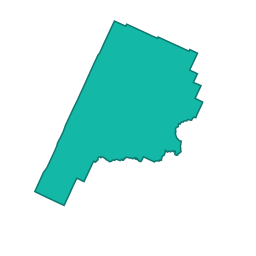 the district of Park, Wyoming, United States of America, rotated 295°
{"feature_id": "52423323B43974987892868", "entity_name": "Park", "entity_type": "district", "adm_level": 2, "iso_a3": "USA", "parent_name": "United States of America", "parent_adm1": "Wyoming", "projection": "robinson", "projection_center": [-110.026, 44.405], "detail": "fine", "context": "isolated", "style": "filled", "palette": "teal", "viewbox_px": 256, "rotation_deg": 295, "n_neighbors": 0, "source": "geoboundaries", "source_scale": "gbopen_adm2", "svg_char_len": 3991}
<svg xmlns="http://www.w3.org/2000/svg" viewBox="0 0 256 256"><g transform="rotate(295 128 128)"><path d="M31.8,70.4L31.0,70.4L30.9,76.7L30.9,76.9L30.8,83.4L30.8,94.7L30.8,97.1L30.8,102.8L35.1,102.8L37.5,102.8L43.7,102.8L52.2,102.7L60.8,102.8L60.9,105.8L60.8,110.8L71.2,110.8L83.1,110.8L83.5,111.3L83.4,112.2L83.1,112.3L83.1,112.7L83.5,112.9L83.9,113.1L84.2,113.3L84.7,113.6L85.3,113.8L85.8,113.9L86.3,114.1L86.6,114.1L86.8,114.1L86.9,113.8L87.0,113.6L87.4,113.5L87.8,113.5L88.1,113.4L88.5,113.5L89.1,113.8L89.7,114.2L90.1,114.7L90.2,114.9L90.0,115.1L89.8,115.2L89.7,115.4L89.6,115.6L89.5,115.8L89.6,116.1L89.8,116.1L90.0,116.0L90.3,116.2L90.7,116.6L91.0,117.0L91.1,117.4L91.0,117.7L91.0,118.0L90.9,118.3L91.0,118.7L91.0,119.0L90.7,119.3L90.6,119.7L90.6,120.0L90.7,120.6L90.7,120.8L90.7,121.1L90.6,121.3L90.4,121.5L90.1,121.5L90.1,121.9L90.1,122.3L90.1,122.6L90.2,123.2L90.1,123.7L89.9,124.4L89.9,124.9L89.6,125.0L89.6,125.4L89.9,125.8L90.1,126.0L90.3,126.5L90.6,126.8L90.8,126.9L91.1,127.1L91.4,127.2L91.6,127.3L91.9,127.4L92.3,127.5L92.5,127.7L92.8,128.1L92.8,128.5L92.9,128.9L92.9,129.1L93.0,129.5L93.4,129.6L93.8,129.8L94.0,130.0L94.4,130.4L94.7,130.7L94.8,131.1L94.9,131.5L94.9,132.0L94.9,132.4L95.0,132.8L95.0,133.2L95.2,133.7L95.0,134.1L95.1,134.5L95.3,134.8L95.8,135.1L96.4,135.3L96.8,135.4L96.9,135.7L96.9,135.8L97.0,136.0L96.9,136.0L96.9,136.3L96.8,136.2L96.7,136.3L96.6,136.5L96.8,136.6L96.7,136.7L96.6,137.0L96.8,137.4L97.2,137.5L98.1,137.4L98.3,137.6L98.3,137.8L98.6,137.9L99.1,137.8L99.2,138.0L99.5,138.4L100.2,138.5L101.0,139.2L101.3,140.3L101.1,140.8L101.4,141.5L101.5,142.1L101.7,142.7L102.2,143.0L102.2,143.5L102.0,144.4L102.2,145.3L102.7,145.9L103.3,146.3L103.5,146.2L103.7,146.4L103.9,146.7L103.5,146.9L103.2,147.0L103.1,147.6L103.5,147.8L104.0,148.1L103.6,148.5L103.5,148.4L103.1,148.6L103.3,149.1L103.6,149.4L104.0,149.2L104.2,149.6L103.6,149.9L103.2,150.1L103.2,150.5L103.3,150.6L103.3,151.0L103.2,151.4L102.8,151.6L102.8,152.1L102.7,152.4L102.9,152.6L102.8,153.0L102.8,153.3L103.0,153.4L103.1,153.8L103.4,154.0L108.4,154.3L108.4,156.3L108.4,165.0L108.4,166.3L108.8,166.3L110.0,166.9L110.1,167.2L110.0,167.4L110.2,167.7L110.4,168.0L110.6,168.3L110.8,168.5L110.7,168.7L110.9,168.9L111.1,169.1L111.1,169.4L111.1,169.7L111.2,170.2L111.3,170.3L111.6,170.2L112.0,170.3L112.5,170.4L112.5,170.5L112.5,171.0L112.4,171.2L112.4,171.4L112.5,171.5L112.9,171.9L114.1,171.5L116.7,171.0L118.9,172.3L121.9,171.9L122.7,171.6L123.6,171.4L123.6,172.2L122.9,173.1L122.9,174.1L123.6,174.3L124.2,174.6L124.3,175.3L124.2,176.2L124.5,176.8L125.8,177.7L126.2,178.0L126.2,179.0L125.9,179.2L125.7,179.6L126.0,180.0L126.7,180.2L126.9,180.3L126.8,180.6L126.5,180.8L125.8,181.1L125.1,181.2L124.4,181.3L123.9,181.7L123.7,182.3L124.1,182.8L123.8,183.4L124.2,184.1L124.9,184.5L125.6,184.3L125.8,184.1L126.0,184.4L126.1,184.6L126.4,184.9L126.7,184.9L127.1,185.2L127.7,185.5L128.4,185.9L128.8,186.0L129.2,186.0L129.4,185.8L129.7,185.5L130.2,185.1L130.8,184.8L130.9,184.6L131.3,184.6L132.0,184.4L132.5,183.8L133.4,183.3L134.3,182.9L135.2,182.9L136.1,182.5L137.1,182.2L138.0,182.1L138.6,181.6L138.3,180.6L138.2,179.6L138.7,178.7L139.5,176.5L141.8,174.2L143.0,173.5L144.2,172.5L144.6,173.0L145.7,172.5L146.8,171.5L148.7,171.5L150.5,173.0L153.3,172.0L153.6,173.6L156.0,173.8L156.6,175.4L158.2,175.9L159.4,178.3L160.8,178.4L161.9,182.3L164.3,182.4L165.4,183.1L166.1,185.1L169.2,184.8L180.1,184.9L183.1,184.7L183.2,176.3L197.2,176.3L196.9,168.0L206.5,168.0L206.5,159.4L225.2,159.4L225.2,150.8L223.4,150.8L223.2,125.7L223.2,116.8L221.7,116.8L221.6,109.9L221.6,93.9L221.5,82.9L219.3,82.9L219.2,70.5L214.4,70.5L193.7,70.5L185.1,70.6L183.5,70.6L181.9,70.0L169.5,70.0L169.1,70.0L160.8,70.1L160.0,70.1L145.5,70.3L138.6,70.3L131.8,70.4L128.2,70.3L122.2,70.2L113.0,70.2L112.5,70.2L110.6,70.2L104.1,70.2L97.1,70.9L90.4,70.8L87.5,70.6L86.1,70.6L84.5,70.5L81.4,71.1L74.8,71.3L70.3,71.3L69.9,71.3L58.0,71.3L54.5,70.7L53.7,70.5L51.9,70.2L31.8,70.4L31.8,70.4Z" fill="#14b8a6" stroke="#0f766e" stroke-width="1.5"/></g></svg>